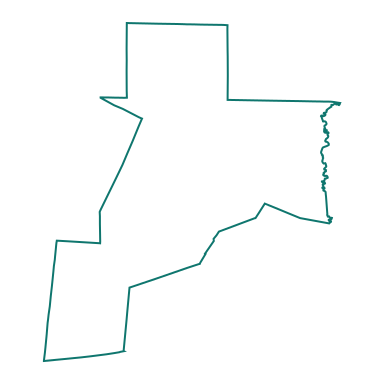 the district of Urzicuta, Dolj, Romania
{"feature_id": "2599482B75769087144528", "entity_name": "Urzicuta", "entity_type": "district", "adm_level": 2, "iso_a3": "ROU", "parent_name": "Romania", "parent_adm1": "Dolj", "projection": "orthographic", "projection_center": [23.579, 44.001], "detail": "fine", "context": "isolated", "style": "outline", "palette": "teal", "viewbox_px": 384, "rotation_deg": 0, "n_neighbors": 0, "source": "geoboundaries", "source_scale": "gbopen_adm2", "svg_char_len": 5449}
<svg xmlns="http://www.w3.org/2000/svg" viewBox="0 0 384 384"><path d="M119.5,352.2L120.1,351.9L123.8,351.2L123.6,351.1L126.6,319.5L127.3,311.5L129.5,287.6L155.4,278.9L186.9,268.0L198.8,264.1L199.8,263.9L200.2,262.8L205.5,254.0L205.0,253.7L213.8,241.0L213.6,238.8L216.6,235.2L218.9,231.6L255.0,218.1L255.5,218.1L258.7,213.2L264.8,203.6L265.0,203.7L279.0,209.4L288.4,213.3L300.1,218.1L329.1,223.4L329.2,223.2L329.3,223.1L329.7,222.8L329.9,222.7L330.9,221.9L331.0,221.4L330.9,221.3L330.8,221.2L330.6,221.1L330.0,221.4L329.7,221.6L328.9,220.3L328.7,220.1L328.7,219.9L328.9,219.7L329.2,219.7L329.5,219.8L330.1,219.7L330.4,219.7L331.2,219.3L331.3,219.2L331.7,218.7L331.9,217.9L331.5,217.8L331.4,217.8L330.6,218.5L330.3,218.1L329.7,217.4L329.6,217.1L329.2,216.5L329.0,216.4L328.7,216.5L328.1,216.7L327.8,216.6L327.7,216.3L327.7,215.9L327.3,215.2L327.2,215.1L327.2,214.9L327.2,214.6L327.3,214.5L327.4,214.2L327.3,213.7L326.0,196.2L325.8,194.7L325.6,192.0L324.7,191.0L323.7,190.7L323.4,190.5L323.4,190.3L323.4,189.9L323.4,189.4L324.0,188.9L324.5,188.5L324.4,187.9L323.7,188.0L323.2,188.3L322.9,188.3L322.6,188.1L322.3,187.9L322.3,187.7L322.5,187.4L322.9,187.0L323.3,186.8L323.5,186.6L323.3,185.9L323.2,185.5L322.8,185.1L322.7,184.9L322.7,184.6L322.8,184.3L323.8,184.0L324.3,183.9L325.0,183.5L324.9,183.1L324.8,182.7L324.7,182.5L324.5,182.4L324.1,182.4L323.3,182.3L322.8,182.3L322.3,182.1L321.9,181.7L321.9,181.4L322.0,181.3L322.8,181.3L323.7,181.0L324.3,180.7L324.6,179.8L324.8,178.8L325.0,178.6L325.7,178.6L326.0,178.6L326.4,178.2L327.2,178.0L327.6,177.9L327.7,177.6L327.7,177.2L327.4,176.6L327.1,176.1L326.8,176.0L326.6,175.8L326.0,175.8L325.6,175.8L325.3,176.0L325.0,176.1L324.5,175.7L324.1,175.7L323.7,175.5L323.3,175.1L323.2,174.8L323.4,174.4L323.7,174.0L323.9,173.6L324.0,173.4L323.8,173.1L323.7,173.0L324.2,172.5L324.6,171.9L325.0,171.7L325.4,171.7L325.9,171.3L326.0,171.0L325.9,170.6L325.8,170.4L325.9,170.1L325.2,169.8L324.3,169.5L324.2,169.1L324.2,168.7L325.3,167.6L326.2,166.7L326.3,166.1L325.9,165.2L325.9,164.6L325.6,163.7L325.4,163.4L325.3,163.2L324.3,163.4L323.9,163.6L323.6,163.5L322.9,162.7L322.3,161.6L322.3,160.8L322.4,160.4L322.7,159.9L322.7,159.3L323.0,158.3L323.2,158.0L322.9,157.5L322.7,157.0L322.7,156.8L322.9,156.6L322.7,156.2L322.6,155.9L322.7,155.5L322.8,155.3L322.6,155.1L322.1,155.0L321.9,154.9L321.8,154.0L321.1,152.9L321.1,152.0L321.5,150.8L322.1,149.2L322.3,148.4L323.1,147.4L324.6,146.8L326.9,146.0L328.4,145.2L328.7,145.0L328.8,144.2L328.7,143.6L328.4,143.2L327.9,142.5L327.1,142.0L326.3,141.7L325.8,141.7L325.5,141.5L325.2,140.9L325.3,140.5L326.1,138.9L327.1,138.2L327.9,137.4L328.3,136.2L328.2,135.8L327.9,135.5L327.7,135.2L327.5,134.8L327.6,134.2L327.8,133.8L328.1,133.6L328.4,133.4L328.5,133.1L328.5,132.7L328.3,132.4L327.9,132.2L327.7,132.3L327.3,132.6L326.8,132.8L326.3,132.8L325.8,132.8L325.1,132.6L324.7,132.5L324.5,132.3L324.1,131.5L324.1,131.2L324.4,131.2L324.7,131.2L324.9,131.2L325.3,131.5L325.6,132.0L325.9,131.7L326.1,131.5L326.1,131.2L326.3,130.8L326.4,130.6L326.6,130.5L326.6,130.4L326.8,130.3L326.8,130.2L326.7,130.1L326.3,130.1L326.2,130.1L325.8,130.3L325.5,130.4L325.3,130.2L324.9,130.1L324.6,129.9L324.2,129.5L324.2,129.3L324.2,129.0L324.4,128.8L324.8,128.5L325.1,128.4L325.0,128.1L324.9,128.0L324.7,127.7L324.5,126.6L324.5,126.3L324.4,126.1L324.5,125.8L324.6,125.6L324.8,125.5L324.9,125.4L325.5,125.1L326.1,124.6L326.5,124.0L326.5,123.5L326.1,122.5L325.9,122.1L325.8,121.9L325.4,121.6L325.0,121.4L324.5,121.4L324.2,121.3L323.9,121.4L323.5,121.5L323.0,121.4L322.9,121.0L322.7,120.2L322.0,118.5L321.8,117.6L321.7,117.0L321.3,116.6L321.2,116.4L321.0,116.2L321.1,115.8L321.3,115.6L321.8,115.5L322.2,115.5L322.5,115.6L322.7,115.9L322.9,116.1L323.4,116.2L324.0,116.0L324.4,115.8L325.1,115.4L325.4,114.9L325.4,114.5L324.8,114.3L324.2,114.1L323.8,113.6L323.7,113.4L323.9,112.9L324.5,112.7L325.5,112.6L326.0,112.4L326.4,112.1L326.4,111.7L326.7,111.0L326.8,110.8L326.5,110.5L326.6,110.1L327.0,109.7L327.7,109.2L329.0,108.2L329.6,107.9L330.4,107.1L331.3,106.8L331.4,106.7L331.4,105.7L331.3,105.1L331.8,104.8L332.1,104.8L332.4,104.9L332.5,105.0L332.8,105.0L333.1,104.9L334.1,104.1L334.7,103.5L335.0,103.4L335.5,103.7L335.9,104.1L336.1,104.4L336.4,104.5L337.1,104.3L337.7,104.1L338.0,104.3L338.3,104.7L338.5,105.0L339.0,105.1L339.4,104.7L339.8,104.0L339.8,103.6L340.1,103.0L337.5,102.6L333.9,102.0L332.0,101.8L331.1,101.7L328.5,101.6L324.1,101.6L320.5,101.5L313.6,101.4L298.9,101.1L273.1,100.7L227.6,99.9L227.8,76.0L227.7,56.3L227.6,50.9L227.4,28.9L227.5,25.2L224.7,25.0L222.3,24.9L215.2,24.8L201.1,24.6L193.9,24.4L186.3,24.3L184.1,24.2L177.1,24.0L157.6,23.7L129.2,23.1L126.8,23.0L126.6,48.8L126.7,60.3L126.6,71.0L126.7,90.7L126.9,97.7L124.4,97.8L119.1,97.7L116.8,97.7L109.2,97.5L100.6,97.4L100.6,97.8L114.2,105.3L122.8,108.9L138.8,117.2L141.7,118.5L142.0,118.6L140.1,123.0L138.6,126.5L132.7,140.9L127.3,153.4L122.5,164.8L119.0,172.1L115.9,178.5L114.2,182.0L100.8,209.4L99.8,211.6L99.7,211.9L99.9,216.1L99.9,218.2L99.9,219.9L99.9,223.8L100.1,235.2L100.2,241.8L100.1,243.3L99.2,243.2L86.0,242.4L68.0,241.3L57.5,240.7L56.8,240.7L56.6,242.1L56.5,242.3L56.2,245.0L55.8,249.2L55.0,257.3L54.8,259.7L53.9,265.9L53.4,271.4L52.3,282.3L51.9,286.2L51.2,292.4L50.8,295.9L49.8,306.3L48.6,314.6L48.1,319.2L47.6,323.0L46.7,334.3L46.4,337.5L45.4,347.9L44.9,352.7L43.9,360.8L43.9,361.0L55.2,359.9L64.7,359.0L74.8,358.0L81.0,357.4L90.6,356.3L106.4,354.3L114.2,353.1L119.5,352.2Z" fill="none" stroke="#0f766e" stroke-width="2"/></svg>